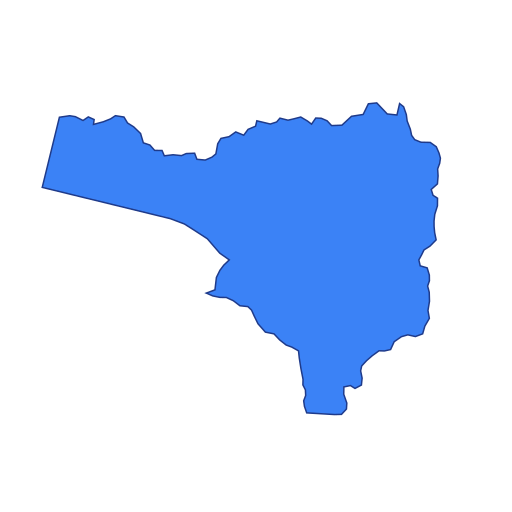 outline of Tacima, Paraíba, Brazil, rotated 350°
{"feature_id": "56859067B48100654649443", "entity_name": "Tacima", "entity_type": "district", "adm_level": 2, "iso_a3": "BRA", "parent_name": "Brazil", "parent_adm1": "Paraíba", "projection": "orthographic", "projection_center": [-35.512, -6.551], "detail": "fine", "context": "isolated", "style": "filled", "palette": "blue", "viewbox_px": 512, "rotation_deg": 350, "n_neighbors": 0, "source": "geoboundaries", "source_scale": "gbopen_adm2", "svg_char_len": 1993}
<svg xmlns="http://www.w3.org/2000/svg" viewBox="0 0 512 512"><g transform="rotate(350 256 256)"><path d="M181.8,135.8L174.5,134.4L170.8,128.3L164.7,125.0L163.6,115.3L158.0,107.6L152.6,102.7L150.1,96.2L141.9,93.4L136.6,95.7L128.9,97.3L118.8,98.2L120.3,93.5L115.0,89.9L109.2,92.5L102.3,87.4L96.9,85.5L86.5,85.2L57.4,151.3L168.9,200.3L178.2,204.4L191.0,212.0L199.0,219.3L211.1,230.6L220.8,246.9L229.0,255.2L222.7,259.4L218.0,263.8L213.3,270.2L209.7,282.2L200.6,283.9L206.5,287.8L213.3,290.5L219.6,291.7L225.9,296.1L231.5,302.2L239.2,304.4L242.2,308.5L243.8,314.8L246.2,323.1L252.0,332.6L260.2,335.8L264.7,342.7L270.2,348.9L275.4,351.9L281.4,356.8L280.9,364.0L280.7,374.6L280.9,385.6L279.8,391.1L281.4,396.4L280.7,402.0L277.8,406.9L277.6,412.5L278.7,419.3L305.9,425.8L312.7,426.8L318.5,422.4L319.9,416.6L318.4,407.4L319.8,400.2L326.5,400.0L330.5,403.6L337.4,401.4L339.3,394.7L339.1,387.3L341.0,382.6L346.8,378.2L353.3,374.3L360.7,370.7L366.0,371.8L372.3,371.5L377.2,364.4L385.2,360.7L391.8,360.0L399.0,363.0L406.6,361.6L410.1,354.4L415.9,347.5L415.9,339.5L419.0,330.7L420.3,321.8L419.8,315.4L422.5,310.5L423.4,304.9L422.5,297.4L416.0,294.2L415.7,288.1L419.3,283.6L422.5,279.2L429.2,276.4L436.2,271.4L436.0,264.0L436.5,257.9L437.4,252.5L439.3,246.0L443.4,238.1L444.8,230.6L440.9,227.0L440.1,220.9L447.2,216.5L449.2,208.8L450.0,201.8L453.0,196.6L454.6,191.7L454.1,186.4L452.5,179.7L447.3,174.4L438.2,172.6L432.5,169.0L430.2,164.2L430.0,157.9L428.3,149.3L428.6,142.8L427.3,134.7L423.9,130.8L419.3,141.6L409.9,138.9L401.5,126.2L393.1,125.6L386.1,135.2L374.3,135.0L363.3,142.1L353.1,140.7L349.5,135.2L344.2,131.7L338.8,130.5L333.6,135.8L330.0,131.9L324.2,126.9L316.8,127.5L311.1,127.8L303.5,124.4L299.6,127.6L293.0,128.5L280.3,123.0L278.1,128.1L270.2,129.9L264.9,134.9L257.6,130.3L250.2,133.8L241.9,134.1L237.8,138.8L234.2,148.5L229.8,151.0L222.7,152.7L214.6,150.5L213.4,144.1L205.1,143.0L200.1,144.2L191.9,141.9L183.1,141.4L181.8,135.8Z" fill="#3b82f6" stroke="#1e3a8a" stroke-width="1.5"/></g></svg>